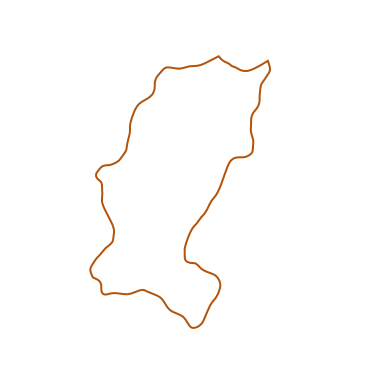 Maimón, Monseñor Nouel, Dominican Republic (Robinson projection), rotated 243°
{"feature_id": "3306468B25789433891427", "entity_name": "Maimón", "entity_type": "district", "adm_level": 2, "iso_a3": "DOM", "parent_name": "Dominican Republic", "parent_adm1": "Monseñor Nouel", "projection": "robinson", "projection_center": [-70.282, 18.886], "detail": "fine", "context": "isolated", "style": "outline", "palette": "amber", "viewbox_px": 384, "rotation_deg": 243, "n_neighbors": 0, "source": "geoboundaries", "source_scale": "gbopen_adm2", "svg_char_len": 2914}
<svg xmlns="http://www.w3.org/2000/svg" viewBox="0 0 384 384"><g transform="rotate(243 192 192)"><path d="M82.8,156.8L84.3,159.3L86.9,165.1L89.0,168.3L91.6,171.3L93.4,173.0L95.4,174.6L97.8,175.6L100.4,176.1L102.9,176.0L104.2,175.9L106.7,175.1L107.8,174.5L109.8,173.0L114.4,168.8L117.4,166.5L119.5,165.4L124.1,164.0L126.1,163.1L126.9,162.5L127.6,161.7L129.2,159.0L130.5,157.3L132.1,156.0L133.0,155.5L134.1,155.3L135.1,155.3L137.1,155.9L144.4,159.5L146.5,161.1L149.5,163.9L153.4,168.0L156.1,171.2L158.6,174.6L159.9,176.9L161.9,182.0L165.3,188.7L166.7,192.5L167.9,194.8L169.2,197.0L173.9,203.2L175.3,205.4L178.0,211.4L180.2,214.9L182.8,218.2L185.6,221.4L198.3,234.9L200.0,237.1L201.6,239.3L202.6,241.8L203.0,244.5L202.6,247.1L201.7,249.3L199.6,253.6L198.9,256.1L198.8,258.7L198.8,260.0L199.4,262.4L200.0,263.5L200.8,264.4L201.7,265.1L208.6,269.3L210.9,270.2L217.1,271.4L219.6,272.1L221.8,273.2L225.9,275.6L229.2,277.3L231.3,278.6L233.1,280.3L234.6,282.3L235.2,283.4L237.3,288.1L238.7,290.1L240.3,291.9L242.2,293.4L246.6,295.7L248.6,296.9L254.5,300.8L256.2,302.3L257.5,304.2L259.2,307.4L263.2,314.6L264.7,316.4L265.6,317.1L267.7,317.9L270.0,318.5L274.4,319.1L273.8,310.7L273.7,304.4L274.0,299.7L274.6,296.8L275.1,295.4L276.6,292.8L278.5,290.6L283.2,287.4L286.1,284.7L289.7,283.1L293.0,280.5L294.9,279.3L297.1,278.3L300.8,277.4L300.8,262.7L301.1,258.4L301.6,255.7L302.4,253.1L304.9,247.4L305.6,244.8L306.7,239.4L307.6,236.9L308.9,234.5L312.8,229.1L314.0,227.0L314.5,225.8L314.7,224.5L314.4,222.2L311.3,214.5L310.7,213.3L309.3,211.2L306.6,208.7L301.4,205.8L300.4,205.1L298.7,203.4L297.2,201.4L296.7,200.3L295.9,197.7L295.5,194.9L295.1,188.0L294.6,185.2L294.2,183.9L293.0,181.4L290.7,178.0L286.1,172.8L282.1,169.0L278.8,166.6L274.3,164.3L272.1,162.8L264.8,156.5L259.9,153.0L259.1,152.2L257.7,150.3L254.3,143.8L253.3,141.5L253.0,140.1L252.7,137.4L252.9,133.2L253.5,130.7L255.2,126.4L255.6,124.3L255.5,123.1L254.9,121.0L252.6,116.1L251.9,115.2L251.1,114.4L250.1,113.9L249.1,113.6L247.0,113.7L242.6,115.4L241.7,115.5L239.7,115.2L231.3,111.4L226.1,108.3L223.8,107.3L222.5,107.0L219.7,106.6L217.0,106.4L203.0,106.4L198.8,106.3L194.8,105.6L193.5,105.2L191.3,104.1L185.6,100.3L183.9,98.7L183.3,97.7L182.5,95.4L181.1,89.1L178.1,82.1L176.3,77.0L174.5,73.6L172.2,69.6L170.8,67.7L170.0,66.9L169.1,66.2L166.9,65.4L164.5,65.1L160.8,64.9L157.1,67.9L155.0,68.9L153.8,69.2L152.7,69.3L150.4,68.9L144.9,66.3L142.8,66.2L141.8,66.5L140.9,67.0L140.2,67.9L139.7,68.8L138.2,74.5L137.2,76.9L135.8,79.3L131.9,85.0L130.5,87.5L129.9,88.8L129.0,92.8L128.1,100.7L127.4,103.1L126.9,104.1L126.1,105.0L122.5,107.9L115.4,114.0L113.1,115.5L110.7,116.5L108.2,117.0L100.5,117.8L98.0,118.4L96.8,118.8L94.5,120.1L88.2,125.3L86.0,126.8L84.8,127.4L83.6,127.8L81.2,128.3L74.1,129.0L72.0,129.7L71.0,130.5L70.3,131.5L69.8,132.7L69.3,135.2L69.5,137.8L70.2,140.4L70.8,141.7L72.3,144.0L78.7,151.6L82.8,156.8Z" fill="none" stroke="#b45309" stroke-width="2"/></g></svg>